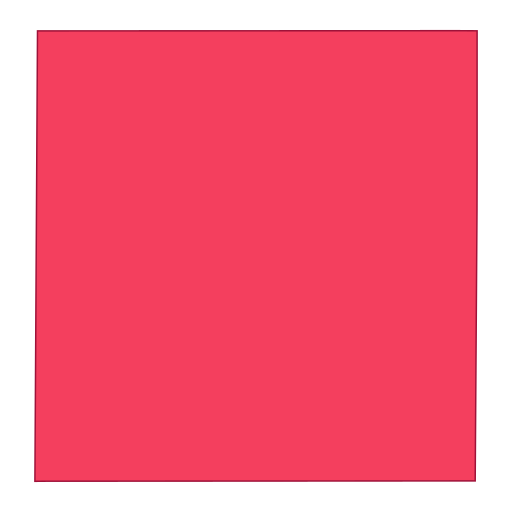 Graham, Kansas, United States of America (Equal Earth projection)
{"feature_id": "52423323B5145566427534", "entity_name": "Graham", "entity_type": "district", "adm_level": 2, "iso_a3": "USA", "parent_name": "United States of America", "parent_adm1": "Kansas", "projection": "equal_earth", "projection_center": [-99.853, 39.35], "detail": "fine", "context": "isolated", "style": "filled", "palette": "rose", "viewbox_px": 512, "rotation_deg": 0, "n_neighbors": 0, "source": "geoboundaries", "source_scale": "gbopen_adm2", "svg_char_len": 232}
<svg xmlns="http://www.w3.org/2000/svg" viewBox="0 0 512 512"><path d="M37.5,30.9L34.9,481.3L47.7,481.2L475.2,480.9L477.0,209.7L477.1,164.9L477.1,30.8L456.8,30.7L37.5,30.9Z" fill="#f43f5e" stroke="#9f1239" stroke-width="1.5"/></svg>